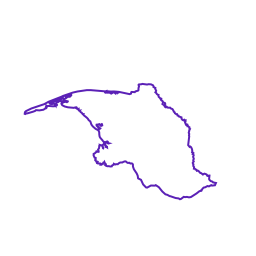 the district of Chame, Panama, rotated 201°
{"feature_id": "35544464B5601098588879", "entity_name": "Chame", "entity_type": "district", "adm_level": 2, "iso_a3": "PAN", "parent_name": "Panama", "parent_adm1": "", "projection": "orthographic", "projection_center": [-79.873, 8.613], "detail": "fine", "context": "isolated", "style": "outline", "palette": "violet", "viewbox_px": 256, "rotation_deg": 201, "n_neighbors": 0, "source": "geoboundaries", "source_scale": "gbopen_adm2", "svg_char_len": 5941}
<svg xmlns="http://www.w3.org/2000/svg" viewBox="0 0 256 256"><g transform="rotate(201 128 128)"><path d="M26.2,108.2L29.1,107.7L30.0,108.2L31.7,108.1L33.2,108.7L34.0,109.4L34.9,112.8L35.3,112.7L36.0,111.9L36.4,111.8L37.1,111.9L37.3,112.4L38.1,112.8L40.2,112.8L41.2,111.9L41.4,111.4L43.5,112.1L44.3,111.9L46.9,113.2L47.6,113.2L48.3,112.7L49.1,113.5L50.0,113.4L50.2,113.7L51.3,113.9L51.9,113.7L52.3,115.2L53.5,116.0L53.9,117.6L54.5,117.8L55.1,118.7L55.0,119.5L54.6,120.2L55.6,121.3L55.5,122.8L56.9,124.4L56.9,126.1L57.4,126.6L58.2,126.8L57.9,127.4L58.0,128.1L59.5,128.3L59.6,129.3L60.6,131.1L62.1,132.6L63.2,133.0L63.7,132.4L65.7,133.6L67.9,142.3L68.4,142.8L68.7,144.4L69.6,145.3L69.8,147.4L70.0,147.7L69.8,149.3L70.4,149.4L70.9,150.7L71.7,150.8L72.4,151.2L73.0,151.0L73.1,151.3L74.0,151.5L74.0,151.8L73.5,152.1L73.8,152.5L74.6,152.4L75.2,152.0L76.8,153.7L76.9,154.1L76.6,154.6L77.0,155.8L77.8,155.3L78.2,155.8L78.5,155.9L79.0,155.0L80.1,155.1L81.4,155.9L81.9,157.1L84.7,157.0L85.3,157.6L86.2,157.4L87.1,158.5L87.9,158.2L89.5,158.6L90.1,159.4L91.1,159.6L91.7,160.4L93.3,161.6L95.1,161.6L95.9,162.1L97.9,161.3L98.7,161.3L99.3,161.7L100.2,161.8L100.3,160.9L101.3,161.1L102.1,162.0L102.7,162.2L101.7,162.5L102.1,163.1L101.8,163.8L102.6,164.6L103.7,164.5L104.5,163.8L104.6,164.8L105.2,165.4L107.0,165.9L107.4,167.3L107.7,167.3L108.2,166.9L109.0,167.5L110.5,168.1L111.3,169.3L111.4,169.8L112.0,169.7L113.3,170.1L114.3,170.9L115.2,171.1L115.0,172.8L116.7,174.4L116.8,175.2L118.9,175.4L119.1,176.1L119.9,176.8L122.1,177.0L124.4,176.3L125.8,175.4L130.4,174.3L131.4,173.5L133.4,172.6L133.6,172.0L132.6,170.7L132.5,169.0L131.8,167.2L132.0,166.5L134.2,164.8L134.5,163.9L137.5,163.0L137.8,162.6L137.5,161.2L138.6,160.2L149.3,158.5L154.2,157.1L157.0,155.9L160.9,154.8L161.4,153.8L160.7,154.3L158.6,155.0L156.7,155.1L153.8,156.8L151.9,157.0L150.8,157.5L150.5,157.4L150.6,157.0L150.9,157.3L151.7,157.0L150.5,156.8L150.6,156.7L152.7,156.7L153.1,156.5L152.8,156.0L153.5,156.2L154.3,156.1L156.0,154.1L158.6,154.5L159.3,153.7L160.6,153.7L161.2,153.0L161.7,152.9L162.2,153.0L162.4,153.4L161.5,153.8L161.6,154.6L162.2,154.1L176.7,149.9L180.0,148.6L188.2,144.0L192.2,141.3L200.0,134.8L201.4,133.3L211.6,124.0L214.8,120.2L225.2,111.6L229.3,107.2L229.8,106.2L229.8,105.4L229.5,104.2L228.9,104.2L227.9,105.4L227.2,105.6L222.6,109.1L220.9,110.6L220.3,111.7L217.0,112.7L213.6,114.7L212.5,116.1L212.0,117.1L212.2,118.0L212.1,119.4L212.3,119.6L212.9,119.4L212.6,119.7L212.0,119.5L212.0,118.1L211.4,117.8L211.4,118.7L210.9,119.7L210.5,120.0L205.7,121.4L203.6,122.4L202.6,123.6L202.5,124.1L202.8,124.4L203.3,124.3L204.1,123.5L203.9,123.1L206.0,124.3L207.4,123.2L209.3,122.6L210.6,123.4L210.6,124.1L208.3,126.1L207.6,127.1L206.0,128.1L206.0,128.6L205.7,128.7L205.6,128.2L205.3,128.2L204.8,129.8L202.3,131.2L201.3,132.3L200.6,133.9L199.5,134.6L198.4,135.8L197.9,136.0L197.3,135.0L196.6,136.8L194.3,137.2L193.7,138.8L193.2,139.1L192.7,138.3L193.3,136.6L193.9,136.1L195.5,135.5L196.6,133.6L197.8,132.3L197.8,131.4L198.2,130.3L198.0,130.0L196.7,130.2L195.8,131.1L194.9,131.1L194.6,130.6L194.1,130.7L193.8,131.2L193.7,131.1L194.3,130.2L194.8,130.2L195.5,130.5L196.2,129.7L197.1,129.3L198.1,128.0L199.0,127.6L198.9,126.8L197.5,125.7L194.8,125.4L191.5,125.8L185.8,127.4L184.8,128.2L184.8,128.8L184.5,128.1L183.9,128.0L183.8,128.8L183.4,128.8L182.2,127.7L181.7,128.0L180.7,127.2L180.6,127.5L180.4,127.1L179.6,126.8L179.2,127.0L179.3,126.7L177.7,125.8L176.7,125.7L175.3,124.7L174.6,125.0L174.6,124.6L173.7,124.0L170.2,122.9L168.7,122.2L167.6,121.3L165.5,120.6L163.4,118.1L161.5,116.9L158.0,115.6L155.3,115.3L155.0,115.4L154.9,115.9L155.4,117.6L158.2,119.0L158.6,120.8L158.2,119.9L156.0,121.4L154.2,120.5L153.3,121.1L153.3,121.6L153.9,122.2L153.8,122.4L153.2,122.5L153.6,122.2L153.0,121.2L153.9,120.3L154.7,120.3L155.5,121.1L156.1,121.2L158.2,119.5L157.6,119.0L155.3,118.1L154.8,117.4L153.6,117.8L153.0,117.3L154.0,117.6L154.6,117.2L154.6,115.0L153.4,113.8L152.4,111.5L151.4,109.8L150.5,109.0L147.3,107.3L146.9,107.2L146.9,107.5L146.7,106.9L145.6,106.4L144.2,106.5L142.6,108.0L141.9,107.9L141.1,106.8L140.2,106.9L140.7,106.5L141.3,106.5L141.9,107.5L142.4,107.7L143.3,106.1L144.6,105.4L141.6,103.0L140.9,103.0L140.6,102.4L141.8,102.7L142.0,101.5L142.2,103.0L144.9,104.9L145.2,103.5L145.8,102.8L143.9,100.3L143.8,99.9L144.1,99.4L144.0,100.3L146.0,102.4L147.5,102.2L147.2,101.5L147.9,102.1L148.2,102.1L148.0,101.8L148.4,101.7L148.5,101.3L147.8,98.8L148.2,97.1L147.5,96.4L146.5,94.6L147.1,95.1L149.0,94.9L148.9,94.3L149.5,93.6L149.5,93.2L150.2,92.1L150.8,91.6L150.3,90.1L148.5,88.3L147.5,88.5L146.9,87.0L147.2,86.6L147.1,86.2L145.2,85.3L144.8,85.6L144.2,85.6L144.2,85.1L145.0,84.8L144.4,84.1L143.4,84.1L140.9,85.0L140.2,84.7L140.4,83.9L139.9,84.0L139.5,84.3L138.6,86.3L138.6,86.9L138.0,87.3L137.9,87.8L137.3,87.1L135.6,86.2L135.5,85.5L136.0,85.2L135.2,84.9L133.6,84.9L132.5,85.4L130.5,85.8L129.4,86.4L129.4,87.3L128.3,88.6L128.4,89.5L126.9,89.3L126.3,89.9L124.6,90.5L123.8,92.0L122.9,93.0L120.9,93.8L120.2,94.7L119.0,95.7L118.1,96.0L116.0,95.3L115.0,95.6L114.5,96.0L113.0,95.7L112.4,96.1L111.4,96.3L110.4,95.8L109.5,93.7L107.7,91.6L103.6,88.7L101.9,87.0L100.5,84.6L97.3,84.3L93.6,80.7L89.9,79.0L88.8,79.2L86.0,82.5L82.1,83.9L81.6,84.6L78.0,83.8L73.2,81.0L69.3,79.5L67.2,79.7L64.7,79.3L64.1,79.5L58.4,79.7L55.5,80.4L54.0,80.1L53.0,80.9L51.3,83.7L50.0,83.9L48.3,84.8L46.2,85.1L44.5,86.1L40.6,91.4L38.6,94.7L37.1,95.6L37.3,96.2L36.9,96.5L36.7,98.0L36.0,99.5L34.7,100.3L33.0,102.3L31.5,102.5L29.8,104.5L29.0,104.3L26.3,105.7L26.2,108.2ZM208.9,124.8L209.9,123.2L209.2,122.9L207.5,123.3L207.1,124.0L205.9,124.6L204.4,123.8L204.0,124.3L203.7,126.3L203.8,126.8L202.5,127.2L201.8,128.5L200.8,129.0L199.8,129.2L199.0,129.0L198.1,129.6L198.4,130.8L197.9,132.0L198.1,132.4L199.5,132.6L200.0,132.5L200.5,131.9L200.5,131.2L200.9,130.5L203.4,127.9L203.6,128.1L203.3,129.0L204.4,127.8L204.4,127.1L204.9,126.8L206.2,126.9L207.2,125.7L208.9,124.8Z" fill="none" stroke="#5b21b6" stroke-width="2"/></g></svg>